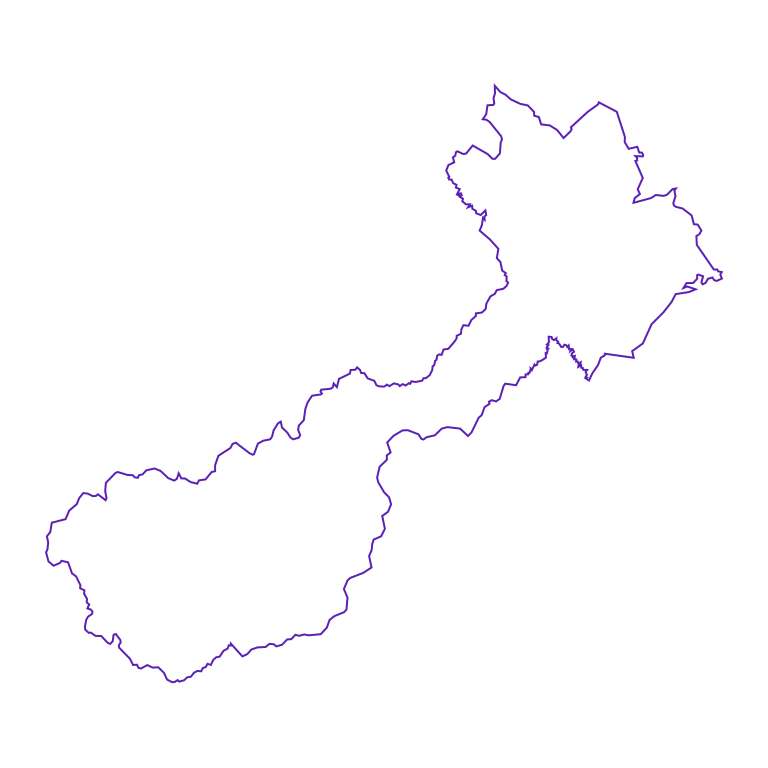 the district of San Roman, Puno, Peru
{"feature_id": "86281439B54364439373802", "entity_name": "San Roman", "entity_type": "district", "adm_level": 2, "iso_a3": "PER", "parent_name": "Peru", "parent_adm1": "Puno", "projection": "robinson", "projection_center": [-70.339, -15.674], "detail": "fine", "context": "isolated", "style": "outline", "palette": "violet", "viewbox_px": 768, "rotation_deg": 0, "n_neighbors": 0, "source": "geoboundaries", "source_scale": "gbopen_adm2", "svg_char_len": 6069}
<svg xmlns="http://www.w3.org/2000/svg" viewBox="0 0 768 768"><path d="M101.2,636.0L107.7,642.8L110.3,643.9L112.7,641.2L113.6,634.8L115.8,634.0L120.3,640.0L120.7,642.3L118.9,645.2L119.1,647.6L129.9,658.7L133.1,665.0L136.9,664.7L138.6,667.9L141.0,668.5L147.3,665.1L152.7,667.6L158.3,667.3L164.0,672.9L167.1,679.6L172.1,682.2L174.7,682.0L177.6,680.1L179.2,681.6L184.2,680.2L187.1,677.4L191.0,676.6L193.8,672.9L197.2,671.0L201.2,671.3L202.9,668.0L205.8,667.0L207.5,663.8L210.9,664.9L213.2,660.0L216.1,657.3L219.6,656.7L223.5,650.8L227.6,648.6L228.7,645.4L230.6,645.6L230.8,643.6L242.4,656.4L247.3,654.1L251.4,649.5L257.5,647.4L265.6,647.0L269.4,643.9L273.7,644.2L276.3,646.4L282.1,644.7L287.2,639.4L291.2,639.2L295.4,634.8L299.1,635.8L304.2,634.5L308.8,635.3L320.7,634.2L326.8,627.7L329.6,619.9L334.4,616.1L344.0,612.2L346.5,609.6L347.5,597.6L343.9,589.0L347.6,580.3L350.3,577.9L363.2,572.9L371.5,567.5L369.1,556.0L371.7,550.0L372.2,544.2L373.6,539.6L381.1,536.3L384.9,528.8L382.2,516.0L388.0,511.8L391.1,504.3L389.1,497.3L384.2,492.4L378.3,482.4L377.1,477.6L379.6,466.8L386.9,459.7L386.8,455.5L390.6,452.4L387.2,442.5L393.5,435.8L402.5,430.4L407.8,430.2L418.5,434.3L421.5,439.0L423.5,439.5L426.6,437.2L434.9,435.3L441.6,428.7L447.3,427.1L460.1,428.6L468.0,436.0L471.5,432.4L478.7,417.7L481.7,415.1L484.5,407.2L489.5,403.8L489.0,401.7L491.5,400.2L496.1,401.4L499.7,398.9L503.5,386.2L505.2,383.7L516.1,385.2L520.2,377.4L525.5,377.2L525.6,374.4L528.0,374.4L528.4,372.7L529.6,372.8L530.3,370.0L531.4,370.3L530.8,368.4L532.2,369.3L534.5,364.5L535.3,365.6L537.1,364.7L537.7,361.5L540.4,361.2L545.9,357.7L545.7,353.1L546.8,353.5L547.6,350.5L546.7,348.6L548.2,348.5L546.9,346.8L548.4,345.1L547.0,344.4L548.9,342.5L548.7,336.7L551.6,337.0L552.1,338.9L554.0,340.1L556.3,338.4L556.1,339.8L558.1,341.6L557.4,343.0L559.1,343.6L561.3,347.0L563.0,346.9L564.4,344.7L566.4,345.3L567.3,347.0L568.7,345.5L569.0,349.2L571.0,349.0L570.4,351.1L572.8,349.4L574.0,351.8L571.8,353.5L571.5,355.5L573.7,356.0L572.6,357.0L573.6,358.4L574.7,357.1L574.4,359.3L576.3,359.4L576.1,361.6L577.6,361.5L578.4,363.5L580.6,362.3L580.0,365.0L578.7,364.5L578.3,366.9L581.1,365.3L581.3,367.8L582.8,368.0L583.3,369.8L587.1,370.0L585.6,372.1L586.9,374.7L585.7,376.7L586.9,377.5L585.5,378.2L589.0,380.5L592.3,373.4L598.0,365.1L600.8,357.7L604.8,355.3L604.9,353.7L633.7,357.8L632.2,351.1L642.8,343.5L651.6,324.2L663.4,312.4L671.6,301.9L675.7,294.1L688.8,292.1L695.6,289.3L687.2,286.5L683.5,288.0L686.5,283.1L693.1,283.0L697.2,278.7L697.1,275.2L698.6,274.6L703.1,276.3L701.4,282.4L702.6,284.3L705.6,282.9L707.9,278.8L712.5,277.5L714.2,280.2L716.8,280.9L721.9,278.6L720.3,274.7L721.7,272.1L718.3,271.4L717.2,269.5L713.8,269.5L696.8,244.9L696.4,236.0L699.4,234.2L701.4,230.5L697.7,224.6L693.9,224.2L691.6,215.4L682.6,208.5L675.8,206.8L673.9,205.3L673.3,203.1L675.5,196.2L674.4,190.7L675.9,188.5L672.5,189.1L667.2,194.6L663.8,195.9L655.8,195.0L651.0,198.1L633.5,202.8L634.7,198.1L639.9,194.1L637.7,189.2L642.8,178.0L635.4,161.0L637.2,160.4L637.0,157.7L635.5,156.1L642.9,156.4L643.2,155.0L641.9,152.6L639.2,152.5L637.3,146.8L628.7,148.8L624.7,142.1L624.9,136.9L616.8,111.8L598.8,102.3L598.1,104.4L587.9,111.7L570.9,127.3L571.6,129.3L570.4,131.4L563.6,138.0L557.1,130.0L549.8,125.4L541.2,124.4L538.8,117.0L534.2,115.7L534.1,112.0L527.8,105.4L520.4,103.9L510.6,99.3L505.7,94.8L500.4,92.1L494.8,85.8L495.0,93.3L493.5,98.2L494.3,103.2L493.4,104.9L487.5,105.3L486.2,114.3L482.8,119.2L486.5,119.8L489.6,121.9L501.2,136.3L502.0,139.4L500.7,142.6L499.9,153.4L495.2,158.8L492.4,158.8L487.7,154.1L472.7,145.5L466.1,153.6L463.2,154.0L457.3,151.3L455.9,152.2L455.3,155.7L452.9,157.3L454.2,162.3L448.4,165.1L446.2,170.6L449.3,176.8L448.3,177.6L449.0,179.4L451.7,179.7L453.2,183.2L456.5,184.8L455.9,187.6L459.7,189.1L456.9,194.5L458.8,195.3L459.7,193.5L461.0,193.4L461.7,195.3L459.7,196.7L463.0,198.8L462.3,201.2L465.8,204.3L470.0,204.3L468.1,207.3L472.1,205.7L472.4,208.8L475.9,210.8L476.2,213.3L480.7,215.0L485.4,210.4L486.2,215.1L484.4,216.5L484.6,219.7L483.0,217.9L481.9,225.1L479.6,230.6L490.0,239.5L498.4,248.9L496.8,258.1L500.4,262.0L502.2,270.6L505.8,273.1L504.7,275.0L506.7,276.5L506.4,281.0L508.1,282.6L506.7,285.7L503.5,288.7L496.7,290.2L494.8,293.9L490.5,296.3L486.4,303.5L485.7,308.9L482.0,312.5L475.9,313.4L475.9,316.0L471.5,319.8L468.5,325.8L463.4,325.2L461.4,329.3L460.9,333.8L456.7,335.8L456.6,338.4L454.5,341.6L448.3,348.8L443.6,349.5L441.6,354.9L439.1,354.4L437.1,355.8L436.5,359.7L435.1,360.9L434.2,365.3L432.6,366.2L432.3,369.9L429.7,375.2L425.8,378.2L423.6,378.2L422.1,380.7L415.6,382.0L411.4,381.3L410.2,383.8L408.8,383.2L405.7,385.5L402.7,384.1L399.8,386.1L398.2,384.4L393.8,383.4L389.4,386.2L387.0,384.6L384.2,386.6L379.0,386.3L376.5,385.3L374.4,380.9L367.6,378.3L364.4,373.2L361.2,373.0L360.0,369.9L357.1,367.4L355.4,369.7L350.6,370.0L349.9,373.6L339.0,378.9L336.9,387.1L333.7,383.5L332.9,387.0L330.9,388.7L321.2,389.7L320.5,391.4L321.9,393.5L321.0,394.4L312.1,395.7L307.6,402.4L305.4,408.7L303.8,420.2L298.9,425.5L298.1,429.7L300.2,435.2L298.7,437.7L293.3,439.3L290.5,437.6L287.4,432.7L282.0,427.5L280.8,421.6L278.1,423.2L273.6,430.3L272.1,436.5L270.2,439.3L263.3,440.7L257.9,443.6L254.0,454.2L252.7,454.7L249.4,453.1L235.8,442.7L232.6,443.9L230.4,448.0L218.4,455.8L215.1,465.2L215.1,471.2L211.5,472.1L205.6,479.4L198.9,480.4L197.3,483.7L190.7,482.1L185.0,478.5L181.3,478.4L178.7,473.3L176.9,478.8L174.2,480.6L168.2,478.1L160.5,470.9L154.6,468.5L146.4,470.3L142.5,474.4L139.1,475.1L137.8,477.8L134.6,477.3L132.8,475.2L127.7,475.0L117.6,472.0L115.4,473.0L105.9,482.8L105.2,491.2L106.5,498.0L105.6,500.2L97.9,494.3L95.8,496.0L92.7,496.1L87.7,493.6L83.3,493.1L79.2,498.1L76.8,504.1L69.2,510.6L65.6,519.1L51.8,522.7L50.3,532.0L46.9,536.3L48.2,542.5L47.5,549.1L46.1,552.4L48.5,561.5L53.6,565.7L59.9,563.0L61.5,560.8L68.1,562.3L72.0,573.4L76.0,576.3L80.4,585.1L80.1,588.2L84.4,590.3L84.1,593.7L87.0,598.8L86.7,602.4L89.2,604.5L87.4,608.4L90.9,609.6L92.5,611.7L92.1,613.9L88.0,616.7L86.2,619.8L84.9,626.9L85.4,629.8L88.8,632.9L90.9,632.6L95.5,635.9L101.2,636.0Z" fill="none" stroke="#5b21b6" stroke-width="2"/></svg>